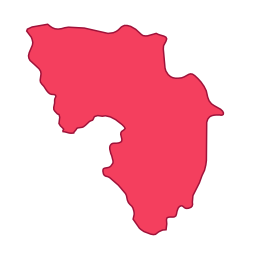 map outline of Lâm Đồng (Natural Earth projection), rotated 267°
{"feature_id": "VNM-480", "entity_name": "Lâm Đồng", "entity_type": "Province", "adm_level": 1, "iso_a3": "VNM", "parent_name": "Vietnam", "parent_adm1": "", "projection": "natural_earth1", "projection_center": [108.021, 11.753], "detail": "fine", "context": "isolated", "style": "filled", "palette": "rose", "viewbox_px": 256, "rotation_deg": 267, "n_neighbors": 0, "source": "natural_earth", "source_scale": "10m", "svg_char_len": 2751}
<svg xmlns="http://www.w3.org/2000/svg" viewBox="0 0 256 256"><g transform="rotate(267 128 128)"><path d="M235.8,53.2L233.5,55.8L232.1,57.7L230.9,60.3L230.4,63.4L230.7,66.9L231.4,70.0L231.8,73.8L230.1,89.6L223.5,113.0L223.9,118.3L225.1,121.4L226.5,123.6L229.2,126.6L230.0,128.2L230.6,129.9L230.4,132.6L229.3,136.0L226.2,140.8L220.8,146.1L219.5,147.8L219.0,150.3L219.0,152.3L221.0,161.1L219.7,163.5L217.9,168.6L216.7,170.6L215.0,171.3L212.6,170.4L208.3,167.8L205.0,167.4L186.0,168.1L182.9,168.8L179.2,170.9L177.1,173.1L175.9,175.3L175.2,178.0L175.1,181.2L175.3,184.3L176.2,187.0L178.4,191.5L178.8,193.3L178.4,195.2L176.8,197.4L173.8,200.3L170.1,203.3L165.6,206.1L161.0,208.1L154.6,209.2L150.9,210.4L147.8,212.6L145.8,215.2L141.9,221.4L139.8,223.4L138.0,224.1L136.6,223.8L136.0,222.8L135.9,221.6L136.2,220.3L136.4,217.1L136.3,214.5L135.9,212.3L134.9,210.1L132.8,208.2L129.6,206.9L91.5,204.6L87.1,203.8L81.8,202.2L76.6,199.4L69.5,196.4L57.1,189.3L50.6,188.4L48.3,188.5L46.6,187.9L45.5,186.7L44.7,184.3L44.6,182.5L44.9,181.1L45.6,180.1L47.0,178.6L47.4,177.8L47.5,176.9L46.9,175.3L45.4,173.9L42.3,172.6L39.5,171.9L37.8,171.2L36.9,169.8L36.7,168.5L36.9,165.2L36.8,164.1L36.6,163.2L36.3,162.4L35.5,161.9L34.3,161.6L30.2,161.7L24.4,160.7L24.3,157.3L23.7,155.6L22.7,153.2L20.4,149.9L20.2,147.8L20.8,145.2L23.7,138.6L25.8,135.8L27.3,134.2L36.7,128.3L41.2,129.6L42.8,129.7L44.7,129.5L47.9,128.7L49.6,127.8L51.6,125.9L53.5,124.5L56.0,123.6L60.6,122.9L62.6,122.1L71.4,115.4L79.5,107.0L80.4,105.4L81.2,102.9L82.1,101.8L83.4,101.1L85.9,100.7L87.4,100.8L88.5,101.3L89.0,102.2L89.2,103.1L89.5,105.6L89.7,106.7L90.0,107.6L90.5,108.3L90.9,108.9L92.8,110.4L93.8,111.1L94.9,111.3L96.0,111.3L101.1,110.3L103.4,109.5L107.7,108.7L109.2,108.7L110.8,109.0L112.1,109.8L113.0,110.8L113.5,112.2L113.5,113.9L113.4,115.8L113.6,118.0L114.2,119.9L115.3,121.0L117.0,121.3L122.0,120.4L123.7,120.7L124.8,121.4L125.5,122.5L126.1,123.5L127.0,124.5L127.7,125.1L129.3,124.4L131.7,122.3L137.0,116.1L140.0,111.0L141.4,106.1L141.1,103.0L142.0,98.4L141.2,95.3L140.3,94.5L138.9,93.9L137.7,93.0L137.1,91.1L136.5,89.8L133.0,85.7L131.5,83.5L131.1,82.2L130.7,77.8L130.2,76.8L129.2,76.2L127.8,74.9L126.5,73.7L125.9,73.6L125.8,73.1L125.8,70.7L126.1,68.9L127.4,64.9L127.8,62.9L128.9,62.9L130.2,63.7L131.7,62.5L133.7,60.6L136.1,59.3L142.3,60.4L145.1,59.8L145.7,58.3L147.2,57.0L148.8,55.7L150.3,54.9L152.4,54.9L156.7,56.0L159.9,56.2L161.3,56.6L162.5,57.3L163.4,57.6L164.4,57.4L165.2,56.3L165.6,53.4L166.1,52.0L167.4,50.4L169.6,48.7L174.1,46.1L176.4,44.2L178.4,43.0L180.4,42.8L186.7,44.0L189.3,43.7L191.9,42.2L200.6,33.7L202.8,32.7L205.3,32.4L208.4,33.3L215.8,36.9L218.4,37.4L221.4,36.9L223.7,36.2L230.1,31.9L232.0,32.7L233.9,37.5L235.8,53.2Z" fill="#f43f5e" stroke="#9f1239" stroke-width="1.5"/></g></svg>